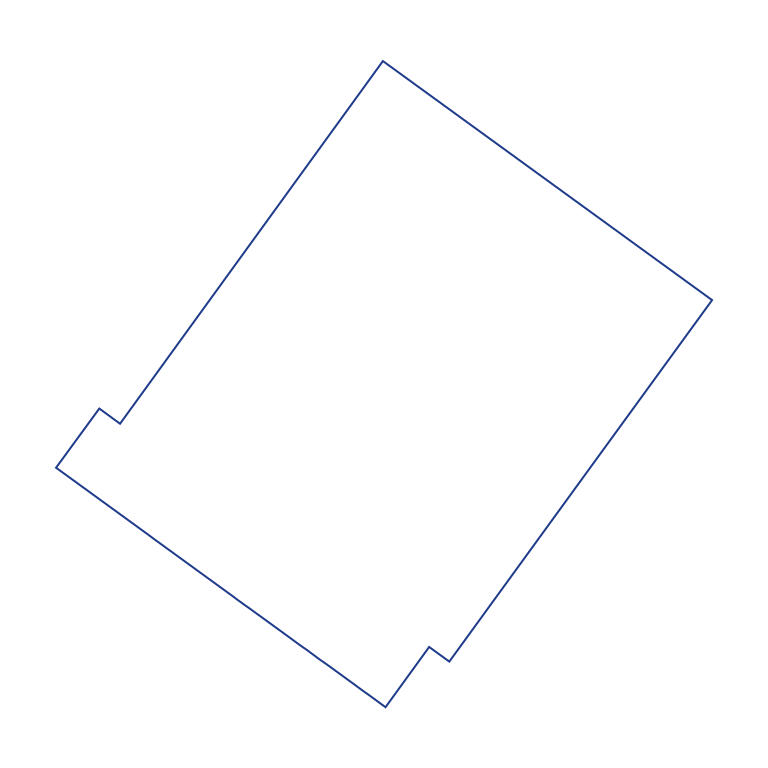 Nowata, Oklahoma, United States of America, rotated 216°
{"feature_id": "52423323B4751311767489", "entity_name": "Nowata", "entity_type": "district", "adm_level": 2, "iso_a3": "USA", "parent_name": "United States of America", "parent_adm1": "Oklahoma", "projection": "robinson", "projection_center": [-95.646, 36.798], "detail": "fine", "context": "isolated", "style": "outline", "palette": "blue", "viewbox_px": 768, "rotation_deg": 216, "n_neighbors": 0, "source": "geoboundaries", "source_scale": "gbopen_adm2", "svg_char_len": 514}
<svg xmlns="http://www.w3.org/2000/svg" viewBox="0 0 768 768"><g transform="rotate(216 384 384)"><path d="M192.8,123.4L192.9,197.8L168.0,197.8L168.0,437.8L167.9,644.7L574.7,644.6L574.2,196.7L599.9,196.8L600.1,123.5L488.4,123.5L476.7,123.4L463.9,123.4L421.8,123.4L380.4,123.4L376.3,123.3L367.2,123.3L361.1,123.4L324.3,123.4L313.9,123.4L300.5,123.3L289.6,123.5L274.8,123.3L270.0,123.4L266.6,123.5L241.0,123.5L236.1,123.5L221.6,123.4L212.2,123.5L192.8,123.4Z" fill="none" stroke="#1e3a8a" stroke-width="2"/></g></svg>